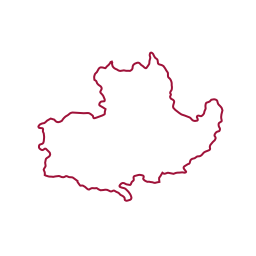 the District of Kolubarski, rotated 339°
{"feature_id": "SRB-837", "entity_name": "Kolubarski", "entity_type": "District", "adm_level": 1, "iso_a3": "SRB", "parent_name": "Republic of Serbia", "parent_adm1": "", "projection": "orthographic", "projection_center": [19.93, 44.309], "detail": "fine", "context": "isolated", "style": "outline", "palette": "rose", "viewbox_px": 256, "rotation_deg": 339, "n_neighbors": 0, "source": "natural_earth", "source_scale": "10m", "svg_char_len": 5858}
<svg xmlns="http://www.w3.org/2000/svg" viewBox="0 0 256 256"><g transform="rotate(339 128 128)"><path d="M90.1,181.3L89.3,181.1L88.7,180.7L87.0,178.9L86.1,178.1L84.4,177.4L82.9,177.1L80.1,176.3L78.5,174.7L77.5,173.2L77.0,172.8L75.4,172.4L73.5,171.5L72.7,171.2L71.4,171.2L69.7,171.5L69.0,171.2L68.5,170.7L68.1,170.1L66.8,167.6L65.4,165.8L64.7,165.3L63.0,164.8L62.6,164.4L61.6,160.6L61.6,159.9L61.9,159.4L59.0,154.9L58.6,154.4L58.1,154.0L55.7,152.9L55.2,152.6L53.8,151.2L53.1,150.8L52.7,150.7L51.1,150.9L50.1,150.8L49.2,150.4L48.5,150.0L46.7,148.3L46.1,148.0L43.0,147.2L40.6,146.8L39.4,146.1L37.4,145.3L36.4,144.7L34.1,142.9L33.4,142.1L33.8,141.3L34.3,139.8L34.4,139.0L34.3,137.4L34.4,136.6L35.1,135.9L37.2,134.3L37.6,133.5L38.2,130.7L39.9,128.0L40.3,127.5L41.3,127.0L43.6,126.5L44.5,126.2L45.4,125.4L45.9,124.7L46.0,124.1L46.1,123.0L45.9,122.4L43.9,118.0L43.5,117.7L43.2,117.6L42.9,117.5L40.9,118.0L40.1,117.9L39.6,117.6L38.8,116.7L38.1,115.5L37.9,114.5L38.0,114.0L38.5,112.8L39.4,112.0L40.2,111.9L42.5,112.0L43.6,111.5L44.6,110.2L45.9,107.6L46.5,106.3L47.4,102.9L47.3,101.0L47.4,100.4L48.2,98.9L48.3,98.2L48.2,97.8L47.9,97.5L45.7,96.4L45.0,95.9L44.9,95.5L44.8,95.0L44.9,94.5L45.2,94.2L45.9,93.7L47.2,93.1L49.4,93.0L51.7,93.4L53.0,93.0L55.2,92.1L59.2,91.5L62.1,93.7L62.3,94.1L62.9,95.7L63.6,96.7L64.8,97.5L65.8,97.7L66.9,97.8L68.7,97.6L69.2,97.4L70.0,96.7L72.0,95.6L73.8,94.9L76.6,94.4L79.4,93.5L80.6,93.5L81.8,93.7L91.9,98.3L95.8,99.6L96.8,100.1L97.9,101.3L99.2,103.4L99.5,103.9L99.5,104.4L99.4,106.0L99.5,106.4L99.8,106.7L100.6,106.9L102.0,107.0L108.7,107.1L111.0,106.8L111.4,106.4L112.2,104.5L113.8,102.3L111.9,99.7L109.8,97.1L109.5,96.5L109.5,96.0L109.8,95.4L110.6,94.5L111.9,93.8L112.9,93.8L115.3,94.5L115.6,94.5L116.1,94.0L116.5,93.0L116.5,92.4L116.4,89.5L116.3,88.8L116.0,87.7L115.1,85.5L115.0,84.8L115.2,84.1L117.1,82.4L117.4,82.0L117.7,81.3L117.7,80.4L117.4,79.3L115.9,77.1L115.4,75.8L115.2,75.2L115.2,73.2L115.1,72.7L114.4,71.6L113.9,71.0L114.4,69.1L114.8,68.0L115.2,67.4L116.4,65.9L117.2,65.4L118.9,64.7L121.9,62.2L122.9,61.7L123.9,61.6L124.5,61.7L126.1,62.5L127.9,63.8L128.4,64.0L128.7,63.9L130.0,63.1L132.9,62.0L134.8,60.8L135.4,60.2L136.7,60.2L136.7,61.4L136.1,62.1L135.8,64.4L135.8,65.0L136.0,65.8L136.4,66.8L137.3,68.1L138.7,69.5L139.5,70.6L140.3,71.4L141.4,72.0L144.8,72.7L146.7,73.9L148.8,74.7L149.9,75.2L150.6,75.4L152.2,75.0L152.9,74.6L153.6,73.9L154.4,72.3L154.8,71.8L155.4,71.2L156.1,70.8L157.6,70.4L159.1,70.4L160.1,70.4L161.3,70.9L161.8,71.4L162.1,71.9L162.9,73.9L164.0,75.4L165.1,77.6L165.8,78.4L166.3,78.6L166.8,78.5L169.4,76.8L170.8,75.7L171.2,75.0L172.1,73.1L173.9,70.6L174.1,69.8L174.3,68.0L174.7,67.1L175.5,66.1L175.9,65.9L176.6,65.9L177.0,66.2L177.5,66.8L178.0,68.0L178.1,69.9L178.5,72.1L179.6,73.9L179.9,74.5L179.9,75.4L179.2,78.4L179.3,78.9L179.8,79.7L182.1,81.4L183.3,82.9L184.0,85.6L184.4,88.1L184.9,90.1L185.0,90.6L184.8,91.5L184.0,93.6L183.8,94.7L183.9,95.3L184.7,96.9L184.9,97.5L185.1,98.9L185.1,100.3L184.9,101.7L184.1,103.8L183.7,105.5L182.9,107.3L182.1,108.3L180.7,109.3L180.2,109.9L179.9,110.6L180.1,111.9L179.9,112.4L178.6,113.7L178.4,114.5L178.4,115.0L178.6,116.0L180.2,117.9L180.4,118.4L180.6,118.9L180.6,119.5L180.5,120.0L180.2,120.6L178.5,122.8L177.8,124.0L177.6,124.9L177.6,125.5L177.8,126.0L178.6,128.0L181.2,132.3L182.6,134.3L183.2,134.9L185.2,136.5L189.4,140.3L189.9,141.1L190.9,143.6L191.4,144.3L192.4,145.1L193.3,145.5L195.2,145.9L195.8,145.7L196.1,145.3L196.2,144.8L196.3,144.3L196.2,143.0L196.2,142.5L196.5,142.0L196.9,141.7L197.2,141.6L198.0,141.6L198.7,142.0L200.1,143.0L200.9,143.2L202.5,142.7L203.7,142.0L204.2,141.6L205.4,139.8L207.2,138.0L207.6,137.3L207.9,136.0L208.4,134.7L209.1,133.5L209.7,132.8L210.5,132.5L212.5,132.6L213.8,132.5L215.9,131.5L218.1,131.9L219.2,132.3L220.2,133.1L220.8,133.9L220.9,134.2L221.0,134.7L220.8,136.7L220.8,137.9L221.1,138.9L221.9,140.6L222.4,142.0L222.6,142.6L222.6,143.7L222.5,145.4L220.1,148.8L219.1,150.7L218.6,152.0L218.2,154.4L218.0,154.9L217.7,155.3L217.3,155.4L214.9,155.9L214.2,156.5L213.9,157.0L213.6,157.9L213.4,158.9L213.4,159.5L213.6,160.8L213.6,161.4L213.4,162.1L212.9,162.9L212.2,163.5L211.8,163.6L210.1,163.4L208.9,163.6L207.9,164.1L206.7,165.0L206.1,165.9L206.0,166.4L206.3,167.6L206.3,168.4L206.2,168.8L205.9,169.3L204.6,170.5L202.3,171.4L198.9,173.3L197.9,174.4L197.5,175.3L197.3,176.5L197.1,177.0L196.7,177.4L196.4,177.6L195.4,177.8L191.8,177.8L190.4,178.0L189.6,178.3L187.2,179.6L185.8,180.0L184.7,180.0L182.6,179.4L182.1,179.4L179.4,180.1L176.9,179.8L175.8,180.0L174.8,180.5L174.1,181.3L173.2,182.6L172.7,183.0L172.3,183.2L171.9,183.3L170.9,183.2L166.8,184.0L166.1,184.4L165.8,184.8L165.6,185.3L165.6,185.9L165.7,186.5L166.5,189.1L166.6,189.5L166.5,189.8L166.0,190.1L165.2,190.1L164.6,189.9L162.7,188.8L160.4,188.2L158.1,187.4L156.5,187.1L154.1,187.1L149.3,184.1L148.5,184.0L146.3,183.9L145.5,183.7L144.9,183.3L144.1,182.1L140.8,184.7L139.3,185.6L138.7,186.9L138.0,189.6L135.9,189.2L133.5,188.9L132.6,188.4L131.2,187.3L129.8,186.6L128.6,185.8L126.7,185.1L125.5,183.9L124.7,182.9L124.2,181.9L124.0,181.3L124.1,180.6L124.9,179.7L125.2,179.2L125.3,178.7L125.2,178.2L124.8,177.6L123.5,176.7L122.1,175.9L120.9,175.6L117.1,175.2L116.6,175.2L115.9,175.6L115.6,175.9L115.4,176.3L115.0,177.9L114.8,178.4L114.5,178.8L114.2,179.0L112.1,179.8L110.5,181.5L110.2,181.7L109.8,181.9L109.3,181.8L106.6,180.2L105.9,179.6L104.7,178.2L103.9,177.7L103.5,177.5L102.9,177.4L101.7,177.5L100.1,178.3L99.4,178.9L99.2,179.6L99.3,179.9L99.5,180.2L100.8,181.4L103.1,183.0L103.7,183.7L104.1,184.4L105.5,187.5L106.2,190.1L106.4,191.5L106.4,193.0L106.2,194.4L105.7,195.1L105.4,195.4L104.7,195.7L104.1,195.8L101.4,195.6L100.3,195.3L99.7,194.7L99.3,194.1L99.3,193.7L99.7,192.3L99.7,191.8L99.6,191.3L99.3,190.6L98.7,189.6L97.0,187.7L96.7,187.0L96.3,185.9L95.8,185.0L94.1,183.3L93.1,182.0L92.5,181.4L91.8,181.2L90.1,181.3Z" fill="none" stroke="#9f1239" stroke-width="2"/></g></svg>